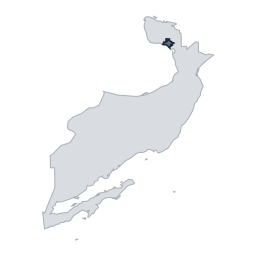 location of Champotón, Campeche, Mexico, rotated 269°
{"feature_id": "50627088B90852523965903", "entity_name": "Champotón", "entity_type": "district", "adm_level": 2, "iso_a3": "MEX", "parent_name": "Mexico", "parent_adm1": "Campeche", "projection": "equal_earth", "projection_center": [-90.832, 19.131], "detail": "fine", "context": "in_parent", "style": "filled", "palette": "slate", "viewbox_px": 256, "rotation_deg": 269, "n_neighbors": 0, "source": "geoboundaries", "source_scale": "gbopen_adm2", "svg_char_len": 5321}
<svg xmlns="http://www.w3.org/2000/svg" viewBox="0 0 256 256"><g transform="rotate(269 128 128)"><path d="M28.7,42.8L45.4,41.2L44.4,43.1L69.8,53.9L89.4,53.9L89.6,49.8L101.8,49.8L103.7,52.8L111.8,60.8L113.6,67.6L115.0,70.2L122.8,75.5L125.4,73.5L127.5,68.5L130.0,67.4L135.7,68.3L140.3,73.8L143.3,81.8L148.7,89.1L148.9,93.8L151.2,99.5L163.4,105.0L165.0,104.1L161.0,119.1L159.4,137.1L159.9,141.0L163.1,146.2L162.4,149.1L162.6,146.2L160.0,141.8L160.8,145.9L163.9,154.4L169.0,162.7L170.2,167.8L173.8,173.0L172.8,172.9L174.9,174.1L174.3,173.4L178.2,174.1L180.9,175.9L183.4,179.3L190.0,176.7L194.8,176.3L198.1,174.3L201.5,173.9L202.1,174.7L201.9,175.7L204.7,176.4L206.5,174.8L206.0,172.1L205.1,172.8L205.4,172.2L210.4,167.7L210.8,164.0L212.2,161.9L212.3,156.0L213.2,151.6L217.0,149.0L223.8,147.7L226.8,146.2L230.1,145.9L235.5,147.4L236.0,146.4L234.6,146.4L236.4,145.7L238.6,147.6L239.0,150.2L237.9,153.8L234.4,159.2L234.3,162.7L232.5,164.9L232.8,165.7L234.4,165.5L232.8,167.7L232.8,168.6L233.9,168.3L231.8,177.4L231.2,178.2L230.0,176.2L229.8,172.7L228.2,176.3L226.5,176.5L224.5,181.2L222.1,181.2L221.9,182.7L208.6,182.7L208.6,188.2L205.5,188.2L212.8,196.7L212.6,199.8L203.1,199.8L199.7,207.6L200.6,209.6L199.5,214.8L192.7,205.9L187.2,200.0L183.9,197.7L183.5,198.3L186.6,200.3L181.8,198.5L182.1,197.1L180.8,197.7L180.0,196.4L179.1,197.8L180.8,198.4L178.3,198.8L175.9,200.8L168.2,203.9L163.3,201.4L159.1,200.8L156.3,198.5L153.6,197.5L151.8,195.2L145.1,193.4L136.7,188.7L131.3,184.3L129.1,181.3L123.4,180.3L118.1,177.7L114.8,172.8L107.5,168.1L103.7,161.6L102.5,157.7L105.5,155.8L105.1,154.1L103.8,153.6L105.9,150.6L106.2,147.0L104.6,145.7L103.2,142.2L103.4,138.9L102.4,136.0L98.2,130.5L94.7,124.0L89.0,118.3L90.7,119.4L90.9,118.2L87.8,117.0L85.6,112.5L87.3,112.6L82.8,109.6L82.3,108.2L80.5,108.7L80.3,108.0L81.7,106.3L79.4,107.6L78.1,106.4L78.0,103.5L79.7,100.9L80.3,101.4L79.3,98.7L77.9,97.1L76.0,97.1L74.9,93.6L72.6,92.8L71.2,91.3L70.5,88.2L71.2,86.2L67.1,85.2L60.4,75.4L60.2,73.0L59.2,72.3L55.3,60.2L55.2,56.5L55.8,55.3L51.9,53.7L51.1,51.8L49.9,51.1L48.4,52.3L43.3,48.6L44.1,51.0L43.0,55.5L44.0,59.1L44.5,66.0L49.5,72.1L51.0,76.2L51.9,76.0L52.2,77.3L53.0,77.4L53.6,80.1L55.1,80.9L55.7,86.5L58.3,89.4L59.1,92.6L60.3,93.6L61.1,97.4L62.2,98.3L61.7,95.5L63.2,97.1L64.6,105.8L66.3,108.3L68.4,114.5L67.9,117.2L68.3,119.6L70.3,121.9L71.2,119.5L76.8,127.8L76.1,130.9L73.6,133.2L72.3,133.4L70.1,126.6L61.2,117.5L60.3,117.6L58.5,114.8L58.3,112.9L59.0,108.6L58.4,104.6L57.2,101.7L52.8,98.3L52.1,94.8L51.2,96.3L48.8,96.9L47.3,94.6L43.2,92.3L42.7,90.2L39.7,87.4L39.5,86.4L42.7,86.9L44.7,86.1L44.6,87.0L46.2,87.9L45.7,85.7L45.0,85.5L46.8,80.9L41.3,72.2L36.4,68.5L35.7,66.6L35.9,63.4L34.7,62.4L34.6,58.8L33.1,57.2L33.0,55.1L31.0,51.7L30.8,50.2L31.6,49.1L30.1,47.8L28.7,42.8ZM60.1,75.5L59.5,77.7L57.9,77.0L58.7,73.6L59.7,73.3L60.1,75.5ZM53.5,75.0L51.3,72.7L50.9,70.2L52.0,71.0L52.2,72.4L53.4,72.7L53.5,75.0ZM237.9,158.5L237.3,157.7L237.6,156.6L239.1,155.8L237.9,158.5ZM58.5,117.6L56.9,115.3L58.2,110.6L57.7,114.8L58.5,117.6ZM38.7,84.2L37.4,83.9L38.5,81.4L38.9,83.3L38.7,84.2ZM17.8,76.1L16.9,74.5L17.1,73.8L17.5,73.8L17.8,76.1ZM59.9,117.7L60.8,119.5L58.8,117.7L59.9,117.7ZM96.9,145.8L96.7,146.6L96.2,146.3L96.0,145.0L96.9,145.8ZM69.2,112.9L69.5,114.3L68.4,112.5L69.2,112.9ZM65.5,103.4L66.1,104.0L65.1,105.3L65.5,103.4ZM63.9,173.7L63.5,173.9L62.9,173.3L63.4,172.5L63.9,173.7ZM203.8,173.9L202.6,174.3L204.6,173.5L203.8,173.9ZM74.4,121.1L73.8,120.9L73.8,119.5L74.4,121.1Z" fill="#d9dde1" stroke="#a8b0b8" stroke-width="1"/><path d="M209.6,172.7L209.8,172.4L210.0,172.6L210.2,172.8L210.5,172.5L210.5,173.0L210.4,172.9L210.4,173.0L210.5,173.1L210.5,173.4L210.4,173.4L210.4,173.5L210.5,173.6L210.4,173.6L210.5,173.7L210.6,173.8L210.8,173.8L211.0,174.0L211.5,174.1L211.9,174.2L212.1,174.3L211.9,175.3L212.4,175.3L212.5,173.0L213.6,173.1L213.6,172.4L213.7,172.2L214.0,172.2L214.3,171.6L214.6,171.3L214.6,171.2L214.7,170.7L215.8,170.9L215.7,170.6L216.3,170.9L216.4,169.0L216.4,168.3L216.4,167.5L216.2,167.5L215.7,167.5L214.9,167.5L214.8,168.0L214.8,168.5L214.7,168.8L214.4,168.7L214.5,169.0L214.3,168.9L214.3,168.6L214.1,168.6L213.7,168.6L213.6,168.4L213.7,168.1L213.5,166.7L213.3,166.5L213.2,166.6L213.4,166.7L213.4,166.8L213.3,167.0L213.2,166.9L213.1,167.1L213.0,166.9L212.9,166.9L212.8,166.5L212.8,166.4L213.2,166.3L213.1,166.2L212.9,166.2L213.0,165.8L212.8,165.9L212.7,165.9L212.7,166.0L212.6,165.9L212.6,165.7L212.6,165.4L212.6,165.5L212.3,165.6L212.2,165.5L212.1,165.2L212.4,165.1L212.1,165.0L212.1,164.9L211.9,164.9L211.7,164.8L211.7,164.7L211.3,164.5L211.2,164.5L210.8,164.5L210.8,164.4L210.7,164.5L210.7,164.8L210.8,164.8L210.8,165.0L210.8,165.3L210.7,165.5L210.7,165.8L210.6,166.0L210.7,166.3L210.7,166.5L210.6,166.8L210.6,167.0L210.5,167.4L210.5,167.5L210.5,167.8L210.4,167.9L210.4,168.0L210.2,168.2L210.2,168.3L210.0,168.5L209.9,168.6L209.7,168.8L209.5,169.0L209.4,169.2L209.3,169.3L209.2,169.4L209.1,169.5L208.9,169.7L208.8,169.8L208.7,169.9L208.6,170.0L208.4,170.1L208.2,170.3L207.9,170.5L207.7,170.7L207.7,170.8L207.4,171.0L207.2,171.2L207.3,171.2L207.5,171.2L207.7,170.9L207.8,170.8L208.2,171.3L208.2,171.1L208.3,171.0L208.5,171.3L208.3,171.4L208.4,171.5L208.8,171.9L208.9,171.7L209.2,172.0L209.2,171.9L209.3,172.0L209.2,172.1L209.2,172.3L209.5,172.8L209.5,172.7L209.6,172.7Z" fill="#64748b" stroke="#1e293b" stroke-width="1.5"/></g></svg>